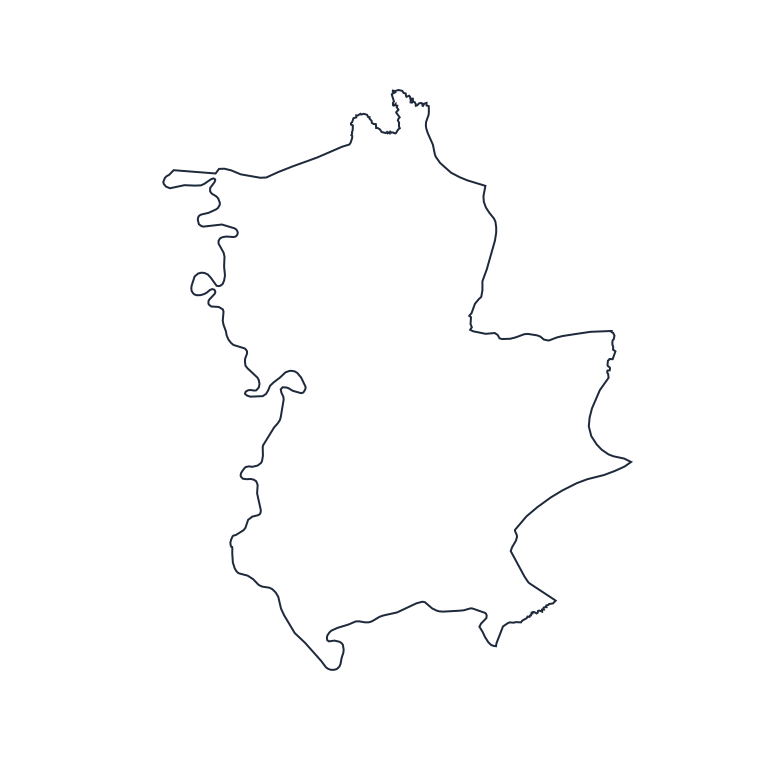 Phanom Phrai, Roi Et, Thailand, rotated 192°
{"feature_id": "78962969B84484798937019", "entity_name": "Phanom Phrai", "entity_type": "district", "adm_level": 2, "iso_a3": "THA", "parent_name": "Thailand", "parent_adm1": "Roi Et", "projection": "albers", "projection_center": [104.081, 15.693], "detail": "fine", "context": "isolated", "style": "outline", "palette": "slate", "viewbox_px": 768, "rotation_deg": 192, "n_neighbors": 0, "source": "geoboundaries", "source_scale": "gbopen_adm2", "svg_char_len": 6160}
<svg xmlns="http://www.w3.org/2000/svg" viewBox="0 0 768 768"><g transform="rotate(192 384 384)"><path d="M126.1,359.1L133.6,361.0L144.5,361.0L149.7,361.8L157.4,365.0L163.4,369.1L170.4,376.1L174.9,385.2L175.9,394.1L175.5,403.4L171.6,422.9L165.6,436.8L166.9,440.5L167.7,441.1L168.3,442.6L168.2,443.6L166.1,444.2L166.2,446.3L166.7,447.2L168.4,447.9L169.3,448.8L169.8,453.4L169.0,454.2L168.7,455.3L165.5,455.8L164.4,464.1L167.1,465.2L167.6,468.2L168.8,470.0L169.4,472.9L169.4,474.3L168.6,475.4L168.6,479.2L170.4,481.6L172.2,482.1L172.3,483.2L192.8,478.0L207.3,472.6L219.4,468.0L224.7,465.4L231.5,461.0L232.7,460.7L236.8,460.7L240.9,462.9L244.4,463.4L253.7,462.9L257.1,461.9L264.7,457.1L269.9,454.5L277.9,452.5L280.5,452.7L283.0,455.6L286.3,456.9L295.0,454.2L307.8,454.1L311.0,454.9L309.9,457.8L311.8,460.6L312.8,467.4L314.8,468.4L313.1,471.5L311.7,481.4L308.7,487.1L307.0,489.3L307.2,496.2L309.1,505.0L307.3,517.5L305.3,547.2L305.7,555.1L306.7,560.1L308.7,565.8L310.8,568.7L316.6,573.4L321.0,577.8L324.2,582.9L325.8,588.4L326.0,598.9L344.7,600.5L352.9,602.0L362.3,604.6L375.1,611.9L380.6,617.0L382.0,619.2L385.9,628.2L393.5,638.7L395.9,643.0L396.8,645.5L397.3,649.2L396.3,656.6L396.7,659.5L398.0,665.1L400.3,665.3L400.8,667.8L402.9,666.6L403.7,664.1L404.3,664.3L404.8,666.3L406.5,666.6L408.1,665.7L409.5,663.4L410.7,662.8L411.3,664.6L412.5,666.0L414.2,666.3L415.2,665.0L416.6,665.0L416.8,667.0L414.8,667.8L415.1,669.1L417.6,668.6L418.2,670.2L419.3,671.2L421.7,669.6L422.4,670.4L423.2,672.7L425.4,672.8L427.0,674.5L430.9,674.6L434.1,672.8L436.3,672.8L436.2,671.8L434.1,671.3L436.2,669.6L436.6,668.8L433.0,662.4L433.7,660.8L433.1,658.5L432.3,658.3L431.0,660.2L430.8,659.0L428.9,659.0L429.1,657.4L426.9,655.2L428.4,652.8L428.5,652.0L424.1,648.1L425.1,646.1L425.3,644.8L423.6,642.8L422.9,638.9L421.7,637.5L423.1,635.8L424.5,631.9L425.2,631.4L427.7,631.9L428.8,631.4L430.3,632.1L430.5,630.4L431.6,631.1L432.6,630.0L433.5,631.1L434.6,629.8L438.7,630.0L440.9,632.2L443.6,633.1L444.9,632.8L446.0,636.5L448.2,636.2L450.1,636.8L450.9,638.9L453.4,640.6L453.6,642.0L455.1,641.9L456.5,643.8L460.0,644.1L462.3,642.8L463.2,643.4L465.5,641.2L467.0,641.0L466.6,639.0L469.1,637.7L469.6,633.5L470.5,632.3L470.2,630.9L468.2,630.4L467.4,625.6L467.7,623.5L467.2,622.3L467.7,620.7L466.6,620.0L466.3,618.0L466.8,613.2L467.6,611.1L474.3,607.4L496.4,591.7L518.4,578.0L531.4,569.4L542.1,561.5L548.0,560.0L567.8,559.3L577.8,561.2L584.9,561.4L590.1,560.1L592.5,554.9L634.2,549.4L637.6,544.0L639.9,542.0L641.2,540.0L641.9,535.6L640.9,533.8L638.2,531.7L634.0,531.0L620.5,537.0L610.4,538.7L604.4,540.2L601.4,542.4L595.7,548.4L593.6,549.6L592.1,549.3L591.4,548.3L591.8,546.1L594.8,539.6L594.1,536.2L592.1,534.4L587.1,532.7L584.8,531.1L582.3,527.2L581.9,525.0L583.0,521.7L584.5,519.9L591.1,515.0L598.3,511.6L599.9,510.0L600.4,508.3L600.3,505.9L598.3,501.8L595.5,500.5L593.4,500.4L575.7,506.3L562.6,505.2L560.6,504.4L559.1,502.8L558.5,501.6L558.5,499.5L559.6,497.5L561.6,496.5L568.7,495.5L572.4,494.1L574.6,492.4L575.6,489.7L575.0,486.9L568.2,479.1L566.5,475.4L564.8,465.5L562.1,457.1L561.9,452.0L562.7,448.1L564.7,445.9L566.5,445.3L568.2,445.3L575.7,452.1L579.1,454.5L582.7,455.3L585.8,454.9L588.8,453.4L591.6,449.8L592.6,440.2L592.4,437.6L591.5,435.0L589.4,432.9L587.8,432.1L585.5,431.9L581.6,432.9L578.5,434.7L576.2,436.7L573.7,439.9L571.8,441.1L570.2,441.1L568.9,440.4L568.1,439.0L568.3,437.1L572.3,430.5L572.9,428.8L572.6,426.6L571.9,425.3L569.1,423.9L561.7,425.0L557.2,423.5L556.0,421.4L554.9,412.4L553.3,408.6L549.6,402.7L548.0,398.8L545.4,395.1L542.2,392.4L539.4,390.9L528.2,389.9L526.9,389.5L524.8,387.6L524.3,385.4L525.1,379.9L524.6,376.6L523.2,373.0L520.8,371.0L509.2,364.0L507.3,361.8L505.8,358.2L505.7,354.7L507.6,351.3L509.4,350.6L513.2,350.4L515.6,349.6L517.6,347.9L518.0,346.0L517.6,345.2L515.5,344.2L512.2,343.8L500.1,346.9L497.3,349.8L496.0,353.6L495.1,358.5L492.5,362.4L487.0,368.8L482.8,374.9L479.3,377.1L477.6,377.6L474.0,377.8L471.1,376.8L466.4,373.1L460.1,364.9L459.8,362.9L460.7,359.8L461.6,358.5L463.4,357.8L472.0,358.4L476.4,360.0L478.8,360.3L482.5,359.7L483.9,357.3L482.6,354.3L479.8,350.6L478.9,348.0L478.1,329.8L478.4,326.9L479.7,323.5L482.5,318.6L489.5,298.9L489.5,297.0L487.5,288.6L487.3,283.3L487.8,281.3L490.7,277.9L495.9,275.5L498.9,275.4L501.9,274.1L502.7,273.2L504.4,269.6L505.2,267.4L505.3,265.6L505.1,264.3L504.2,263.2L502.3,262.0L498.7,262.3L494.6,263.4L491.3,263.3L488.7,262.2L486.6,259.0L485.4,250.7L478.2,234.8L478.0,232.6L478.3,231.1L479.7,229.6L485.3,226.9L488.7,222.8L489.6,214.7L490.9,211.9L497.6,205.4L499.8,204.4L500.4,203.6L501.2,199.8L501.3,196.8L500.2,193.8L499.5,193.0L498.7,193.0L498.2,191.8L497.2,186.7L494.7,177.9L491.6,172.5L489.3,170.1L487.5,168.9L486.2,168.6L477.5,168.2L471.5,165.9L464.8,161.4L461.3,160.5L453.8,160.9L450.6,160.1L446.5,157.5L443.1,153.7L438.1,143.0L433.7,137.1L419.5,121.8L407.5,114.5L387.8,100.0L382.0,94.9L379.5,93.8L376.7,93.4L373.3,94.1L371.0,95.3L368.9,98.2L368.3,101.3L368.5,106.8L367.9,112.8L368.2,115.7L370.0,120.3L371.3,121.5L373.7,122.6L379.1,122.7L384.4,120.8L386.2,121.6L387.1,123.7L387.1,126.4L385.6,129.9L384.2,131.8L378.8,135.8L368.8,141.3L362.4,145.8L359.1,146.7L353.1,146.9L349.1,147.8L346.3,149.5L339.9,155.4L336.6,157.4L323.7,163.3L306.7,176.2L301.2,179.0L298.7,179.1L290.2,174.5L285.4,173.3L282.8,173.1L279.0,173.6L263.2,177.9L259.0,179.2L252.6,182.6L250.8,182.8L237.3,181.1L236.1,180.1L235.4,178.7L235.2,176.3L239.3,169.7L240.2,166.4L236.0,162.0L232.6,157.5L228.4,153.2L225.2,151.1L222.3,150.6L219.9,150.8L220.1,153.7L217.2,171.6L213.5,175.5L211.5,177.0L207.8,177.4L205.5,178.5L200.5,179.3L199.4,181.5L195.8,184.5L195.2,186.4L193.3,186.4L193.1,187.8L192.1,188.2L192.1,190.9L191.0,190.6L190.9,191.9L189.7,192.2L187.1,191.3L186.2,192.0L186.1,194.1L184.7,194.7L182.0,194.2L182.5,196.2L180.7,196.6L181.5,197.9L180.9,198.9L178.7,199.5L179.3,200.6L179.2,201.1L177.2,202.2L176.8,203.1L173.1,204.5L171.0,207.8L200.3,219.3L201.8,220.2L206.5,224.8L225.3,246.9L224.8,250.9L222.4,258.1L222.1,262.1L222.8,264.0L225.4,267.6L225.5,268.6L217.1,284.2L208.4,295.4L197.2,307.8L187.5,316.9L174.8,327.1L165.2,333.2L149.9,340.7L140.2,346.9L131.5,353.3L126.1,359.1Z" fill="none" stroke="#1e293b" stroke-width="2"/></g></svg>